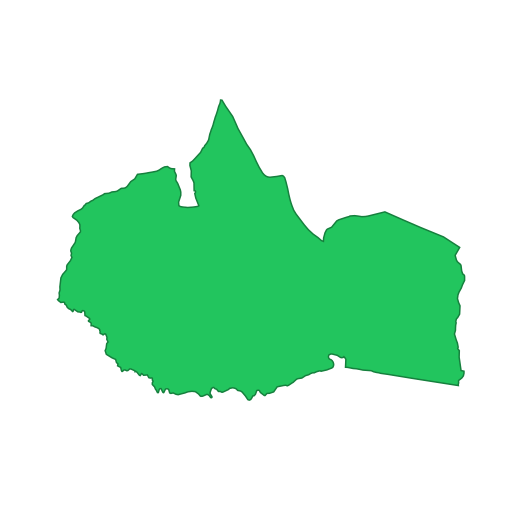 the district of Ingende, Équateur, Democratic Republic of the Congo, rotated 171°
{"feature_id": "63176286B3271137171664", "entity_name": "Ingende", "entity_type": "district", "adm_level": 2, "iso_a3": "COD", "parent_name": "Democratic Republic of the Congo", "parent_adm1": "Équateur", "projection": "orthographic", "projection_center": [19.593, -0.719], "detail": "fine", "context": "isolated", "style": "filled", "palette": "green", "viewbox_px": 512, "rotation_deg": 171, "n_neighbors": 0, "source": "geoboundaries", "source_scale": "gbopen_adm2", "svg_char_len": 6012}
<svg xmlns="http://www.w3.org/2000/svg" viewBox="0 0 512 512"><g transform="rotate(171 256 256)"><path d="M121.8,279.4L139.2,277.9L142.0,277.9L145.4,278.3L149.1,279.5L152.3,280.4L156.9,280.8L157.8,280.4L160.6,280.1L168.6,278.8L170.8,278.0L176.8,272.6L181.3,271.4L182.3,270.7L184.2,268.1L186.4,263.2L187.1,259.9L189.0,261.0L191.9,264.5L196.1,268.6L200.2,273.8L203.6,279.4L207.0,285.8L209.9,291.2L211.6,295.3L212.7,300.4L213.2,303.4L213.6,306.7L214.0,311.9L214.2,317.4L214.8,324.4L215.4,328.8L216.4,330.6L217.6,331.4L222.9,331.3L230.0,331.6L232.1,332.3L233.8,333.4L235.2,334.9L236.6,337.1L237.4,339.2L239.0,343.1L241.0,349.4L242.6,355.3L244.8,361.7L247.8,367.9L250.1,374.4L253.9,384.8L254.9,388.8L257.2,397.4L262.6,408.7L265.2,415.2L266.6,415.6L267.1,413.9L267.8,412.2L268.6,411.0L269.5,409.5L270.0,408.4L271.2,405.7L272.3,403.5L273.6,401.0L274.4,399.7L275.4,397.5L276.6,395.1L277.9,392.1L279.2,389.7L280.4,387.8L281.3,385.9L282.6,383.5L283.3,381.6L283.8,380.3L284.1,379.4L284.9,377.7L287.1,375.0L289.3,373.1L290.4,371.4L291.8,370.8L294.5,367.0L301.9,361.1L303.9,359.6L305.6,358.8L306.6,358.3L307.1,355.7L306.6,350.2L307.7,344.3L306.3,340.3L305.8,338.0L306.9,330.2L305.9,329.9L305.6,329.1L306.0,327.9L306.7,327.3L306.4,322.7L304.6,314.6L305.4,314.2L306.7,314.1L307.9,314.1L309.1,314.1L311.5,314.2L313.5,314.4L316.0,314.6L317.7,315.1L319.0,315.4L320.5,315.8L322.0,316.3L323.0,316.7L323.4,317.0L324.3,317.8L324.0,321.4L320.8,327.7L320.3,330.9L320.4,333.1L322.0,340.0L323.3,343.1L323.3,344.4L322.2,347.8L322.3,349.1L323.3,352.4L322.8,354.8L325.8,355.5L327.6,356.4L329.4,358.2L332.4,358.3L334.4,357.7L336.2,357.0L338.0,356.1L340.7,355.3L343.1,355.2L345.9,355.1L348.6,355.1L351.6,355.0L354.4,355.0L360.3,355.2L363.7,351.1L368.0,349.1L372.4,344.8L374.1,343.9L375.5,343.6L378.5,343.9L380.0,343.2L382.9,341.8L384.9,341.6L388.3,341.8L391.3,341.0L394.6,341.2L395.8,341.3L397.5,340.4L405.9,337.9L407.2,337.2L408.5,336.5L410.5,336.0L412.9,334.7L415.5,334.4L417.0,333.0L417.7,332.8L419.8,330.5L421.5,329.5L425.1,328.4L428.3,327.0L430.0,325.6L431.2,323.8L430.7,322.6L427.3,319.3L425.8,316.8L425.1,314.8L425.2,313.2L425.7,310.9L425.4,308.3L425.7,307.2L429.4,304.1L430.8,302.2L431.6,299.8L432.4,297.7L437.0,292.7L438.0,290.7L438.1,289.5L437.7,287.7L438.6,285.4L438.0,283.4L440.1,280.3L443.8,276.9L444.5,275.7L444.6,275.4L445.1,272.4L445.6,271.6L449.8,268.1L452.1,264.9L454.5,256.3L454.9,253.0L456.2,250.4L456.3,249.4L456.3,248.2L456.6,246.9L456.9,245.6L457.3,245.0L457.9,244.6L458.8,244.0L458.1,242.8L456.0,240.6L453.5,240.6L452.4,240.1L452.3,238.3L451.1,237.2L450.4,234.7L448.9,233.0L447.6,232.3L445.8,229.8L445.4,229.9L444.6,231.6L444.0,231.8L441.1,229.1L440.7,228.7L438.9,228.3L437.9,227.7L437.2,227.7L436.2,229.1L435.5,229.2L434.4,228.6L433.9,227.7L434.1,225.4L434.2,223.9L433.2,223.3L430.2,220.4L430.0,219.6L431.1,218.7L431.7,218.1L431.5,217.6L429.8,216.3L429.7,216.2L429.3,215.0L429.8,213.0L428.7,212.7L427.8,212.5L426.6,211.4L424.0,210.0L422.6,208.8L421.9,207.9L422.0,206.8L421.7,205.6L421.8,205.3L422.1,204.7L422.0,203.9L420.5,203.1L419.4,202.0L417.5,202.9L416.7,202.4L416.2,200.4L415.9,199.0L416.4,197.1L415.6,194.2L416.4,193.5L417.2,192.7L418.5,188.2L419.8,186.1L419.2,182.3L414.2,178.0L410.8,175.8L410.5,172.7L410.4,172.5L409.2,171.0L409.3,170.7L409.7,169.8L409.9,169.2L407.1,167.1L406.9,164.1L406.5,163.0L405.9,162.9L404.6,163.9L403.9,164.0L403.3,164.0L401.6,162.9L400.5,162.9L398.4,164.2L397.1,163.9L394.7,162.3L393.6,161.6L393.6,161.1L393.6,160.6L392.6,160.7L391.7,159.8L391.1,158.7L389.8,156.4L389.0,156.0L387.5,157.8L387.1,157.6L386.9,157.5L385.7,155.8L381.9,155.5L380.9,152.6L379.6,152.0L378.4,151.9L377.8,151.8L377.5,151.3L377.8,149.7L377.4,148.9L377.2,148.4L378.3,146.9L378.5,145.3L377.0,143.1L376.7,142.7L376.1,140.1L375.5,139.1L374.7,136.5L373.8,136.4L372.4,139.4L371.6,140.0L370.5,139.9L369.4,136.1L368.9,135.5L368.5,135.6L368.4,135.6L366.4,138.5L365.6,138.9L363.9,138.6L363.1,137.7L362.8,135.4L362.7,134.3L361.6,133.6L359.2,133.7L356.6,131.9L354.6,131.2L354.3,131.2L352.9,131.4L347.6,131.9L344.6,132.5L340.4,132.4L337.1,131.5L334.3,128.7L333.0,126.5L332.3,126.0L331.6,126.0L330.6,125.9L326.3,127.0L326.1,127.0L325.2,126.6L324.1,125.6L323.4,124.2L323.0,123.4L322.5,123.0L322.0,123.1L321.7,123.2L321.5,124.0L322.9,127.3L322.6,128.6L320.7,132.1L319.2,132.8L318.3,132.8L317.3,131.4L315.7,130.5L314.3,128.1L312.2,127.7L311.5,127.0L310.2,126.7L307.4,127.5L303.9,128.5L302.8,129.4L301.4,129.4L299.7,129.5L297.8,128.8L296.4,127.9L296.2,127.7L295.1,126.1L292.4,125.1L291.0,123.8L288.4,119.5L286.5,115.4L285.2,114.7L283.8,115.0L282.8,115.9L281.0,118.3L279.7,118.3L278.2,119.5L276.3,123.0L275.7,123.1L275.2,123.1L274.3,123.0L273.7,122.5L273.0,120.5L269.6,116.9L268.8,116.8L266.9,118.4L266.8,118.5L266.2,118.5L264.1,118.3L259.8,119.0L255.5,123.5L248.8,123.8L246.7,123.7L245.5,122.9L244.1,123.2L240.4,124.9L239.1,125.4L235.5,127.8L234.1,128.3L229.8,128.3L228.0,129.1L225.8,130.1L222.5,130.5L220.3,131.4L218.2,131.8L216.9,131.5L213.9,132.3L213.6,132.3L212.1,132.5L210.6,132.6L209.8,132.0L203.9,132.4L198.7,133.5L197.5,134.1L196.6,135.5L196.2,137.0L196.4,139.0L197.2,140.8L198.2,141.9L199.6,142.7L200.2,144.0L200.2,145.4L199.6,146.8L197.6,147.5L196.2,147.3L191.3,145.2L188.4,142.6L187.2,142.1L185.8,142.2L185.0,142.8L184.0,141.3L183.4,139.9L185.0,132.1L183.1,131.7L180.6,130.8L177.7,129.7L174.4,128.9L171.3,127.8L168.2,126.6L160.1,124.7L158.0,123.3L155.4,122.2L152.9,121.4L151.2,120.6L144.3,118.5L120.7,110.7L76.4,96.4L76.3,97.7L75.7,98.9L75.5,101.1L75.1,101.5L72.7,102.8L71.7,103.4L69.9,105.2L68.9,107.7L68.6,109.7L71.4,110.8L71.2,124.3L70.0,130.7L71.3,133.0L70.6,134.3L70.7,138.5L71.4,141.9L72.2,147.9L70.6,151.5L70.2,153.8L69.6,156.5L68.8,158.6L68.9,160.2L67.9,162.5L66.4,163.7L64.0,166.7L62.3,174.9L63.2,178.3L63.7,182.4L62.6,186.0L61.1,188.6L58.2,192.3L56.6,195.2L54.1,198.8L53.8,199.2L53.2,203.0L53.2,204.2L53.8,205.2L54.6,205.8L55.2,209.0L55.0,214.4L55.3,215.6L58.0,218.8L58.7,220.8L59.2,225.5L53.5,232.6L67.8,245.5L89.0,258.4L104.9,268.5L121.8,279.4Z" fill="#22c55e" stroke="#15803d" stroke-width="1.5"/></g></svg>